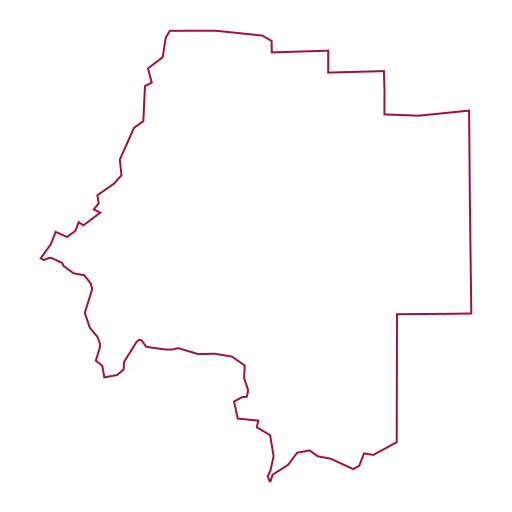 Levy, Florida, United States of America
{"feature_id": "52423323B45505395463487", "entity_name": "Levy", "entity_type": "district", "adm_level": 2, "iso_a3": "USA", "parent_name": "United States of America", "parent_adm1": "Florida", "projection": "equal_earth", "projection_center": [-82.881, 29.292], "detail": "fine", "context": "isolated", "style": "outline", "palette": "rose", "viewbox_px": 512, "rotation_deg": 0, "n_neighbors": 0, "source": "geoboundaries", "source_scale": "gbopen_adm2", "svg_char_len": 1240}
<svg xmlns="http://www.w3.org/2000/svg" viewBox="0 0 512 512"><path d="M40.7,258.3L43.7,260.0L49.9,257.7L51.8,258.1L62.2,263.0L63.5,265.9L73.7,273.4L84.2,275.2L90.8,283.6L92.2,289.1L84.8,312.9L89.8,327.6L97.5,337.0L99.8,343.3L100.0,347.2L95.8,360.6L102.3,365.8L104.3,377.4L117.2,375.0L123.6,369.5L124.1,361.9L136.6,341.8L139.1,339.8L141.6,340.3L145.9,346.5L148.7,347.2L165.3,349.5L172.6,349.5L178.1,348.1L198.1,354.1L214.5,353.7L232.0,356.6L244.7,365.5L244.1,378.2L248.0,389.7L247.8,392.6L246.7,396.8L242.0,397.2L234.0,401.5L237.8,418.6L258.3,420.6L256.8,427.3L270.1,435.2L273.6,456.1L270.3,471.1L267.7,476.3L269.7,481.3L270.6,481.1L272.6,474.7L288.0,464.9L297.1,452.8L309.6,450.4L317.7,456.3L330.6,458.7L353.2,469.1L359.2,465.9L364.0,453.4L373.4,454.9L396.7,442.2L397.0,314.2L450.5,313.8L471.3,313.5L469.9,203.9L469.1,110.6L418.5,115.7L384.4,114.4L384.5,90.4L383.9,71.1L328.2,72.6L328.2,50.7L271.8,52.4L271.6,41.0L262.5,35.6L215.3,30.7L169.8,30.8L165.8,37.5L162.7,57.2L148.0,68.4L151.7,82.6L145.0,86.1L143.3,121.2L134.0,127.9L119.8,159.6L121.5,175.2L114.2,183.5L97.4,195.2L98.7,203.4L93.8,209.4L100.3,212.7L83.4,225.3L78.7,222.2L75.4,230.8L67.0,237.0L55.7,231.9L50.9,244.1L40.7,258.3Z" fill="none" stroke="#9f1239" stroke-width="2"/></svg>